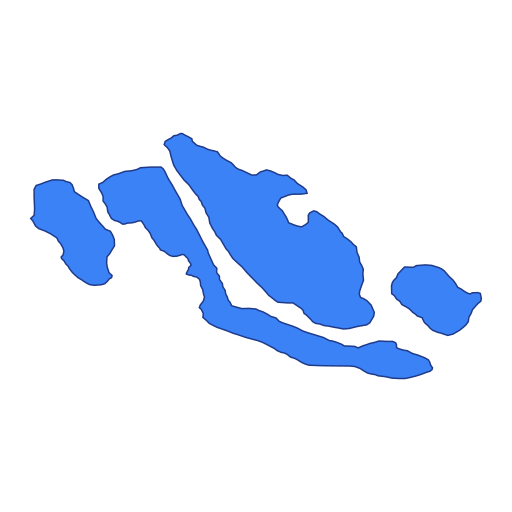 the district of Ekerö, Stockholm, Sweden
{"feature_id": "70781695B4978180418475", "entity_name": "Ekerö", "entity_type": "district", "adm_level": 2, "iso_a3": "SWE", "parent_name": "Sweden", "parent_adm1": "Stockholm", "projection": "natural_earth1", "projection_center": [17.669, 59.36], "detail": "fine", "context": "isolated", "style": "filled", "palette": "blue", "viewbox_px": 512, "rotation_deg": 0, "n_neighbors": 0, "source": "geoboundaries", "source_scale": "gbopen_adm2", "svg_char_len": 6084}
<svg xmlns="http://www.w3.org/2000/svg" viewBox="0 0 512 512"><path d="M180.5,133.5L176.9,135.3L173.9,135.7L170.8,138.3L168.6,139.3L165.2,141.4L164.2,144.6L167.6,147.9L169.8,151.1L171.2,157.0L173.7,165.1L176.9,170.6L184.0,180.0L189.2,185.1L192.2,189.5L195.9,194.3L198.1,196.4L199.3,199.5L201.3,201.6L202.3,204.9L204.9,208.2L206.1,212.9L208.8,217.2L209.8,223.1L212.4,228.3L214.8,231.8L216.4,235.3L220.6,239.4L226.1,248.9L228.5,251.5L230.3,254.6L232.7,258.3L236.8,262.2L242.2,267.0L247.0,272.7L252.7,278.5L257.3,283.3L261.8,287.4L265.4,291.4L268.8,295.4L271.6,297.5L275.1,300.4L277.9,302.2L287.3,302.9L293.0,302.9L295.8,304.8L301.2,308.4L303.0,310.2L304.1,313.5L305.9,314.6L308.5,317.1L310.9,319.5L312.7,321.7L315.7,323.4L319.8,324.0L324.2,325.6L328.6,326.1L333.7,327.2L337.5,327.8L343.5,329.0L349.2,328.5L353.6,327.4L358.2,326.3L361.7,325.7L366.5,324.9L369.7,322.9L372.1,318.9L373.7,316.2L374.3,312.4L372.3,307.8L371.1,305.0L366.9,300.7L363.9,298.8L360.5,297.4L359.3,294.3L359.7,291.0L361.3,286.2L363.5,280.3L362.9,273.8L363.3,269.2L361.3,264.7L359.7,262.1L359.1,257.1L357.1,252.7L356.3,246.8L353.4,244.5L350.8,241.6L347.0,238.7L343.6,236.5L342.2,233.3L340.5,231.7L337.5,226.9L334.3,224.1L328.1,220.1L324.0,216.6L319.8,214.0L316.6,211.6L313.6,210.9L309.7,212.9L308.3,215.1L308.3,222.3L305.7,224.5L303.1,226.0L301.7,226.9L297.6,226.1L294.2,225.0L288.6,222.7L287.6,220.0L285.9,216.5L284.1,213.8L282.3,210.7L279.7,208.5L277.3,205.8L277.9,203.2L280.7,198.1L288.6,195.0L292.4,194.2L301.3,194.1L307.1,193.3L306.1,189.9L303.1,187.2L297.4,183.5L294.0,179.9L290.8,178.2L287.2,175.2L282.9,175.5L277.9,174.4L274.3,172.5L270.4,170.9L266.4,169.9L262.6,171.3L260.6,171.8L258.3,173.4L256.5,174.9L251.9,175.1L242.2,170.5L238.4,169.2L235.6,167.5L233.7,165.3L231.3,162.8L228.5,161.3L226.3,160.2L222.7,157.9L220.0,155.8L219.2,154.3L217.4,151.8L214.0,150.9L209.9,150.0L207.3,149.1L203.3,147.1L200.7,146.5L196.8,145.3L195.0,143.7L192.4,141.4L191.8,138.7L188.0,136.6L184.5,134.9L182.5,133.6L180.5,133.5ZM161.1,167.1L150.6,167.1L140.6,167.7L136.6,169.6L131.3,170.8L124.8,171.4L118.3,173.8L113.7,174.9L110.2,176.7L106.5,179.1L102.8,182.4L98.8,184.2L98.8,188.3L101.6,192.9L103.1,196.4L103.1,201.1L104.6,202.9L106.0,205.1L107.2,207.3L107.4,209.4L108.0,212.4L109.4,214.5L110.8,217.4L111.4,218.5L114.6,220.5L117.1,221.1L119.9,222.3L122.5,224.1L124.9,224.0L127.3,223.1L132.2,222.8L135.0,222.1L138.0,221.1L140.8,220.7L142.3,222.2L144.3,225.3L145.3,227.5L148.1,230.4L150.3,233.6L151.9,237.8L153.8,240.0L155.4,242.6L157.4,245.8L159.8,248.4L160.4,249.9L163.6,251.0L165.4,252.1L167.3,253.8L169.7,255.4L172.9,256.4L176.7,256.2L179.8,255.3L182.6,254.4L184.4,255.0L186.2,257.0L187.8,258.3L188.6,260.9L190.6,263.5L191.0,265.4L188.8,267.4L188.4,269.5L187.4,271.3L186.4,273.3L186.4,274.1L189.4,275.1L191.2,275.2L193.5,276.4L196.7,277.0L199.5,279.3L200.3,281.9L200.7,285.7L202.7,289.6L203.5,294.0L204.5,297.1L203.3,301.1L200.3,305.0L199.3,307.6L201.3,309.4L203.3,313.5L202.9,317.4L206.4,320.4L209.2,323.3L212.6,325.1L217.0,327.3L221.9,329.0L228.1,331.2L233.2,333.3L237.6,334.6L245.8,337.4L253.1,339.4L257.5,340.5L262.4,342.3L267.2,344.7L271.2,346.8L274.4,348.5L277.3,350.7L281.3,352.4L284.1,352.9L287.1,354.3L290.5,357.1L294.0,358.1L297.2,359.6L299.2,360.9L302.2,362.7L305.9,364.3L309.1,365.2L319.5,365.6L329.0,365.8L349.7,366.0L354.8,366.5L360.2,368.5L363.8,370.9L367.5,373.0L371.7,374.1L375.1,374.6L378.1,375.8L385.0,376.6L388.8,377.4L392.0,378.1L399.1,378.5L405.1,378.5L409.5,377.6L415.2,376.2L419.2,375.0L422.6,373.8L426.5,372.3L429.9,371.3L432.1,369.5L432.5,367.8L430.7,365.2L429.7,362.1L428.3,359.8L424.5,357.7L417.4,354.9L414.0,354.0L411.8,353.2L407.3,350.7L403.7,350.2L398.3,348.6L396.5,347.5L396.5,344.9L395.7,342.8L392.7,341.4L386.6,341.4L379.0,341.0L375.3,342.2L369.7,343.5L366.5,344.7L363.2,345.7L360.4,346.9L358.2,347.9L354.6,346.4L349.2,346.1L344.3,346.0L341.9,344.4L336.1,342.1L332.8,341.1L329.2,340.5L323.4,337.5L314.3,334.7L307.7,332.7L302.8,331.0L297.6,328.2L293.2,326.4L287.9,324.6L282.9,322.9L279.3,321.4L275.9,317.9L271.0,316.5L267.2,314.1L262.8,311.8L259.1,310.6L255.9,309.0L248.9,308.4L241.8,308.6L236.4,307.1L231.7,305.8L230.1,302.4L228.3,300.3L227.1,296.6L225.7,293.9L225.1,290.4L222.9,286.8L222.3,283.4L219.5,279.5L219.4,276.1L216.6,272.6L216.8,268.2L213.6,264.9L211.0,259.2L208.2,252.9L207.6,250.1L204.5,244.7L202.1,240.3L199.1,234.3L196.5,229.2L193.6,224.7L190.4,218.9L187.4,214.5L182.2,205.5L180.1,199.1L174.9,190.0L172.1,184.8L169.6,180.9L167.6,177.4L165.0,171.7L163.4,169.1L161.1,167.1ZM36.1,185.5L34.1,189.3L34.1,196.9L34.6,209.0L34.1,215.3L30.7,218.5L32.7,220.7L35.6,226.1L38.9,228.7L44.8,230.9L50.6,233.8L56.9,237.9L58.4,241.2L60.5,243.5L62.9,247.7L63.9,251.1L63.1,254.9L61.1,257.1L61.9,258.9L63.9,260.7L65.9,264.0L68.1,266.2L69.4,268.6L72.0,272.0L74.2,274.3L78.2,277.8L81.5,279.7L82.9,280.7L87.1,283.4L89.7,284.6L94.4,285.3L101.4,284.7L104.6,283.8L107.2,281.5L109.3,278.9L111.5,277.7L112.1,275.6L109.0,272.6L107.2,267.0L106.6,263.0L107.0,256.8L109.6,253.8L111.8,250.1L114.5,245.8L114.3,239.5L112.6,235.1L110.4,231.3L105.4,229.2L102.4,225.8L98.7,221.7L96.1,218.4L93.5,211.9L90.7,206.2L88.4,200.6L83.0,197.4L78.5,194.5L74.3,191.6L73.7,189.0L72.1,184.7L69.9,182.5L66.2,181.6L63.4,180.3L57.2,179.9L52.5,179.9L45.3,182.2L40.8,184.0L36.1,185.5ZM413.5,267.3L404.6,267.0L402.0,269.6L400.0,271.8L398.1,273.7L396.3,277.8L393.7,280.4L392.3,282.8L391.5,285.8L391.7,293.7L394.3,295.6L396.7,299.2L399.7,301.2L401.9,304.6L406.6,307.1L409.2,308.8L410.8,310.3L412.8,312.4L415.4,314.1L417.2,315.9L422.3,317.8L422.9,319.5L424.5,322.6L426.5,324.4L428.5,326.1L429.3,327.4L430.9,328.9L432.9,330.4L436.0,331.6L437.8,332.4L440.6,333.0L444.0,334.2L447.8,335.4L452.9,334.1L455.9,332.4L459.5,330.3L463.2,327.4L466.0,324.8L468.2,321.8L469.0,317.1L471.2,313.2L472.4,309.8L475.7,305.9L478.1,303.4L480.9,301.1L481.3,298.4L480.3,293.4L477.7,292.6L472.3,292.8L470.0,294.0L467.2,293.0L464.0,291.1L461.4,289.2L457.6,287.2L455.4,283.3L452.9,280.0L449.1,276.5L446.9,273.9L444.3,270.9L441.9,269.1L439.1,267.7L435.2,266.5L431.8,265.4L425.4,264.9L416.3,265.6L413.5,267.3Z" fill="#3b82f6" stroke="#1e3a8a" stroke-width="1.5"/></svg>